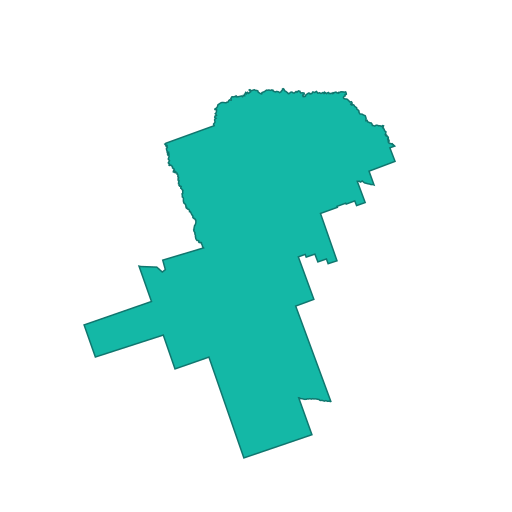 outline of Tornquist, Buenos Aires, Argentina, rotated 296°
{"feature_id": "61730980B13616489731470", "entity_name": "Tornquist", "entity_type": "district", "adm_level": 2, "iso_a3": "ARG", "parent_name": "Argentina", "parent_adm1": "Buenos Aires", "projection": "albers", "projection_center": [-61.986, -38.263], "detail": "fine", "context": "isolated", "style": "filled", "palette": "teal", "viewbox_px": 512, "rotation_deg": 296, "n_neighbors": 0, "source": "geoboundaries", "source_scale": "gbopen_adm2", "svg_char_len": 6169}
<svg xmlns="http://www.w3.org/2000/svg" viewBox="0 0 512 512"><g transform="rotate(296 256 256)"><path d="M317.8,125.5L317.3,125.5L316.6,125.0L315.9,126.5L316.5,127.2L316.2,127.7L315.9,127.6L315.5,126.9L315.0,127.3L315.1,128.4L314.6,128.8L313.2,128.4L312.0,129.3L311.4,130.2L310.5,130.4L310.1,131.1L310.8,131.5L311.0,132.0L310.5,132.2L309.7,131.7L309.2,131.7L309.6,133.0L309.4,133.2L309.0,133.1L308.9,132.4L308.2,132.4L307.9,132.9L308.4,133.3L307.4,134.3L304.7,134.6L303.7,136.5L301.3,136.3L301.0,136.7L301.0,137.6L299.4,138.1L299.4,138.5L299.6,138.7L300.2,138.9L300.1,139.6L300.3,139.8L300.1,140.2L299.8,141.6L298.6,142.3L298.6,142.8L298.3,143.1L298.2,144.4L297.2,144.7L296.9,145.2L296.6,144.5L295.7,144.6L295.3,144.9L295.6,145.5L295.5,146.2L295.9,146.1L296.6,146.5L296.5,147.0L295.6,147.2L295.9,148.6L295.8,149.0L295.0,149.1L294.9,149.9L294.0,150.7L293.2,150.9L292.8,151.9L292.2,151.8L291.9,152.2L291.2,152.1L290.0,152.8L290.2,153.4L290.0,153.8L289.3,154.0L288.8,153.9L288.3,154.3L287.7,154.3L286.9,154.7L286.9,155.4L286.4,155.8L285.7,155.9L285.7,156.3L285.3,156.7L285.7,157.4L285.7,158.3L284.8,158.3L283.9,158.7L283.9,159.5L283.2,160.5L283.0,161.5L282.5,161.5L280.2,162.7L279.7,162.7L279.4,162.3L277.6,163.6L276.8,163.8L276.6,164.8L276.0,165.5L274.2,166.3L273.0,167.0L272.7,167.6L272.1,167.7L271.4,170.1L270.9,170.4L270.6,170.9L269.3,171.5L269.3,172.4L268.6,172.4L268.2,174.2L268.5,175.1L267.5,176.5L266.7,176.8L266.9,177.8L265.0,180.2L264.2,181.8L262.9,182.4L262.6,183.2L262.8,183.8L262.4,184.2L262.6,185.0L262.2,185.6L261.9,185.6L261.7,186.3L259.7,187.3L257.3,187.8L256.7,187.4L253.5,188.2L252.8,188.7L252.2,188.5L251.1,189.4L250.1,191.0L249.1,191.3L247.7,192.8L246.9,193.0L245.1,194.4L244.1,196.1L244.5,197.1L244.5,197.8L244.4,198.2L243.5,198.3L243.2,199.0L243.5,199.9L244.1,200.5L244.0,201.0L243.9,201.2L243.5,201.2L242.3,202.8L241.0,203.9L240.3,205.3L211.4,174.0L204.0,180.5L200.5,178.8L202.5,171.7L196.1,157.2L195.6,155.3L169.3,182.0L118.7,131.7L94.8,155.9L144.3,207.3L119.0,232.7L144.5,258.0L69.2,333.6L119.9,384.6L147.3,356.5L147.6,357.3L147.3,358.6L147.9,359.8L148.5,362.6L149.4,364.2L150.1,364.6L150.4,365.7L151.4,366.9L151.7,368.6L152.7,369.6L152.8,370.5L153.7,372.1L154.7,375.8L154.3,376.6L154.4,377.3L155.2,378.6L155.6,381.2L156.6,382.1L156.8,384.1L157.7,385.5L157.7,386.6L158.1,387.0L228.4,313.6L242.4,327.0L273.8,294.4L279.0,299.5L277.0,301.6L283.5,308.1L277.8,314.2L284.2,320.6L280.7,324.2L287.2,330.9L322.5,295.3L335.4,307.8L336.1,307.0L342.8,313.5L342.2,314.3L348.8,320.6L345.4,324.3L351.9,330.7L367.5,314.3L368.5,316.1L368.2,317.1L368.3,317.6L370.0,318.6L369.3,321.4L370.1,325.5L370.4,326.0L370.6,328.1L371.5,329.9L371.6,330.9L381.8,320.4L402.0,339.5L411.9,328.9L415.6,332.5L415.9,331.7L415.9,331.3L415.5,331.0L416.2,330.6L416.1,330.1L416.7,330.3L416.3,329.9L416.7,329.2L416.1,328.2L416.0,327.1L415.7,326.7L415.7,326.2L416.1,325.9L416.4,324.9L417.4,324.6L417.6,325.2L417.8,325.1L417.7,324.5L418.1,324.5L418.0,324.0L418.4,323.4L418.8,323.5L418.9,323.9L419.5,323.0L419.8,323.3L420.8,322.8L421.3,323.0L420.8,322.6L421.0,321.8L421.4,321.2L420.9,320.6L421.1,320.2L421.5,320.1L421.2,319.9L421.5,319.3L421.9,318.9L422.9,318.9L424.6,318.3L424.7,317.5L425.0,316.6L426.2,315.5L426.8,313.7L427.7,313.9L427.9,313.4L427.8,312.7L428.2,312.8L428.6,313.5L428.9,313.5L428.8,312.7L427.4,311.7L427.5,310.7L427.1,309.6L426.7,309.1L426.8,308.2L426.4,307.0L426.1,306.5L424.8,305.8L424.7,304.3L424.3,303.4L425.4,302.5L426.1,301.1L425.6,299.9L425.7,298.3L425.5,297.9L425.6,297.3L426.6,296.5L425.8,295.4L428.0,294.6L429.9,292.8L430.0,292.1L429.8,291.2L430.0,289.2L429.3,287.5L429.3,287.0L430.6,285.2L431.4,285.1L432.0,283.7L432.1,282.4L433.4,281.4L433.7,279.2L434.5,278.0L434.6,277.5L434.5,276.8L433.6,275.9L433.9,274.6L434.3,274.6L435.1,275.5L435.9,275.1L436.5,274.1L435.6,272.8L435.9,272.0L436.3,271.4L436.9,268.8L436.5,268.1L436.2,267.0L436.1,266.0L436.3,265.6L436.9,265.0L437.6,265.0L438.5,265.4L438.9,265.9L440.2,265.3L440.6,266.1L441.0,266.3L441.8,265.8L442.8,264.6L442.0,263.6L441.6,262.0L441.3,261.6L440.9,260.4L439.7,259.5L439.5,258.7L439.3,258.6L438.7,258.9L438.3,258.6L438.3,257.4L438.1,257.1L438.4,256.3L438.1,255.6L436.8,254.3L436.6,253.7L436.2,253.7L436.0,254.2L435.6,253.9L435.5,253.4L435.7,252.9L434.6,251.8L434.6,250.9L434.0,250.5L434.7,249.4L433.8,248.6L432.9,248.3L433.2,246.8L432.7,246.6L433.1,246.0L432.0,246.1L431.8,245.8L432.4,245.2L432.4,244.6L431.3,243.8L430.5,243.1L430.6,241.5L429.6,240.5L429.4,240.1L430.0,239.2L430.4,238.1L428.7,237.1L428.4,235.2L428.1,235.0L426.6,235.0L426.0,234.4L425.3,233.5L425.9,232.9L425.5,231.8L422.7,230.2L421.2,230.4L420.4,229.6L420.0,228.8L419.9,228.5L421.0,227.5L421.3,227.5L421.7,228.4L422.0,228.4L423.0,228.2L423.5,227.8L423.2,226.5L422.2,224.7L422.5,224.0L423.3,223.3L423.0,221.7L421.1,221.0L421.4,219.9L419.3,219.0L419.1,218.7L418.9,217.8L419.1,216.4L418.3,215.3L416.6,214.7L416.1,214.1L416.1,213.6L416.7,212.8L416.6,212.1L417.0,210.9L417.0,209.6L418.3,207.7L418.3,207.0L417.6,206.6L416.8,207.1L415.4,206.5L414.6,206.5L413.2,205.6L413.4,204.0L413.1,202.9L412.9,202.3L411.9,201.5L411.9,200.5L411.7,199.8L411.8,199.3L412.4,198.7L412.0,198.1L412.3,197.5L411.1,196.3L410.9,194.8L410.1,193.9L409.7,192.7L407.4,191.5L405.6,189.8L405.3,189.7L404.4,190.1L404.1,189.9L403.9,188.4L404.3,186.0L405.1,185.5L405.2,184.7L405.0,183.7L404.6,183.1L404.7,181.6L402.8,179.7L402.5,179.0L402.8,177.6L402.3,177.1L401.9,177.4L401.7,178.2L401.7,178.9L401.2,179.2L398.9,178.0L399.4,176.8L399.4,176.5L397.6,176.4L397.7,176.0L398.4,175.4L398.5,175.0L396.4,175.1L396.3,174.9L395.1,175.5L394.8,174.1L393.4,174.2L393.2,173.9L393.5,172.9L390.9,169.6L390.8,168.7L391.2,168.3L391.2,168.0L390.4,168.2L390.3,167.3L389.2,166.1L388.7,164.8L388.4,164.5L386.8,164.4L386.4,164.4L386.2,164.9L385.8,164.9L385.1,165.3L384.7,164.2L384.7,163.7L383.6,163.4L381.9,163.3L381.4,162.3L380.5,161.9L379.5,158.9L378.6,157.5L375.3,155.5L373.1,155.9L371.7,155.6L370.1,154.6L369.8,154.7L369.6,155.1L370.3,156.2L370.2,156.5L367.6,157.4L366.0,157.0L365.8,157.9L365.0,158.9L364.0,157.9L362.7,158.0L362.4,158.3L362.2,159.6L361.5,159.1L360.1,159.1L359.0,160.1L357.9,160.5L355.9,160.0L354.8,161.3L317.8,125.5Z" fill="#14b8a6" stroke="#0f766e" stroke-width="1.5"/></g></svg>